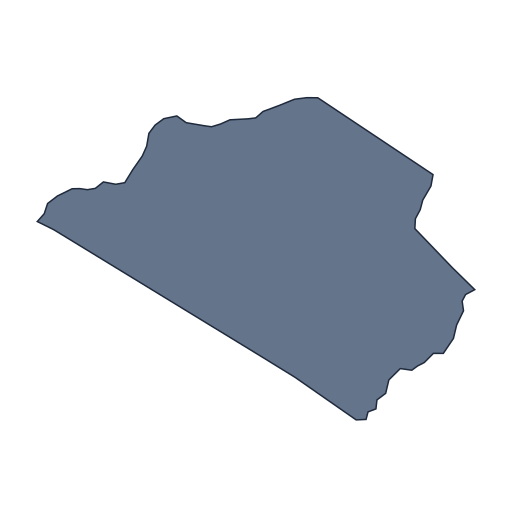 outline of Itaquitinga, Pernambuco, Brazil, rotated 182°
{"feature_id": "56859067B86839923199857", "entity_name": "Itaquitinga", "entity_type": "district", "adm_level": 2, "iso_a3": "BRA", "parent_name": "Brazil", "parent_adm1": "Pernambuco", "projection": "robinson", "projection_center": [-35.032, -7.681], "detail": "fine", "context": "isolated", "style": "filled", "palette": "slate", "viewbox_px": 512, "rotation_deg": 182, "n_neighbors": 0, "source": "geoboundaries", "source_scale": "gbopen_adm2", "svg_char_len": 870}
<svg xmlns="http://www.w3.org/2000/svg" viewBox="0 0 512 512"><g transform="rotate(182 256 256)"><path d="M36.2,230.0L59.4,251.2L98.2,288.9L98.0,298.8L93.5,308.0L91.3,317.7L83.6,332.0L81.9,343.5L199.8,416.3L210.8,416.0L223.0,414.0L239.2,406.8L254.0,400.7L261.1,394.0L268.8,392.8L286.8,391.2L296.0,386.7L305.0,383.6L312.4,384.4L330.4,386.8L340.0,393.2L353.0,390.0L361.4,383.3L367.3,374.9L369.1,361.9L373.1,352.0L382.1,338.1L389.7,324.7L398.7,322.8L411.1,324.7L418.9,318.0L426.8,316.4L434.4,317.2L442.1,316.8L456.5,309.1L466.1,301.2L469.1,290.9L475.8,282.8L459.2,275.3L245.2,154.6L212.9,136.2L150.2,95.7L140.3,96.5L138.6,104.1L130.8,107.4L130.1,116.4L121.6,123.3L118.9,136.8L107.9,148.5L96.3,147.3L90.6,151.8L84.1,155.4L75.3,164.9L65.4,165.2L55.8,180.5L53.1,194.0L46.7,208.5L48.4,218.1L45.2,224.8L36.2,230.0Z" fill="#64748b" stroke="#1e293b" stroke-width="1.5"/></g></svg>